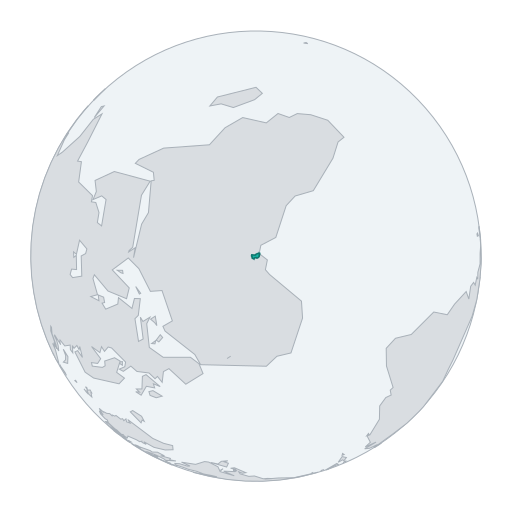 globe centered on Cross River, rotated 229°
{"feature_id": "NGA-2847", "entity_name": "Cross River", "entity_type": "State", "adm_level": 1, "iso_a3": "NGA", "parent_name": "Nigeria", "parent_adm1": "", "projection": "orthographic", "projection_center": [8.541, 5.798], "detail": "fine", "context": "on_globe", "style": "filled", "palette": "teal", "viewbox_px": 512, "rotation_deg": 229, "n_neighbors": 0, "source": "natural_earth", "source_scale": "10m", "svg_char_len": 9393}
<svg xmlns="http://www.w3.org/2000/svg" viewBox="0 0 512 512"><g transform="rotate(229 256 256)"><circle cx="256" cy="256" r="225" fill="#eef3f6" stroke="#a8b0b8"/><path d="M173.0,46.6L177.5,44.9L181.9,43.3L185.8,41.9L187.1,41.6L180.8,43.8L179.3,44.3L178.1,44.8L174.4,46.2L176.9,45.3L169.2,48.5L178.7,45.0L174.0,47.3L168.4,49.5L166.6,49.7L153.0,55.6L173.0,46.6ZM134.1,66.5L127.3,71.9L121.3,76.2L114.9,81.7L119.2,78.7L125.8,73.5L132.2,70.1L139.5,64.9L143.2,63.0L151.5,58.1L152.7,58.7L149.3,62.1L142.4,66.4L140.8,68.4L149.3,64.5L138.4,73.7L134.6,82.3L131.5,85.1L121.9,89.0L116.8,87.5L104.4,95.4L114.9,90.4L107.0,98.7L106.7,100.5L108.6,100.5L112.5,97.6L110.3,100.8L99.1,106.2L100.9,103.3L104.5,101.4L102.0,101.1L94.4,106.0L91.0,110.5L83.1,115.3L80.6,118.8L77.4,122.2L82.0,116.1L73.6,127.5L63.8,139.1L52.2,160.9L60.9,143.4L61.5,142.3L71.0,127.4L81.6,113.3L93.3,100.1L106.0,87.9L119.7,76.7L134.1,66.5ZM33.7,219.6L33.5,220.7L34.0,219.3L34.0,224.1L36.4,215.5L39.2,211.5L36.8,224.5L40.2,213.2L40.4,220.1L47.4,221.8L46.3,224.6L51.8,242.0L61.7,251.0L64.0,261.1L62.4,266.8L66.7,269.3L66.8,273.2L87.4,282.3L100.9,293.7L102.4,307.3L94.9,321.7L97.1,353.4L86.2,361.8L89.4,374.3L91.3,391.3L83.9,388.4L92.3,398.2L93.3,402.9L90.2,402.3L95.0,408.6L93.0,408.1L98.2,412.8L103.0,419.9L111.1,427.0L116.7,432.6L122.1,436.7L121.2,436.2L122.4,437.3L125.3,439.4L120.9,436.2L106.1,424.2L103.4,421.7L102.5,420.9L101.2,419.6L91.5,409.6L93.1,411.6L78.1,393.9L68.7,379.5L48.1,336.0L44.3,326.7L39.0,314.8L32.4,283.5L31.7,277.1L31.1,267.1L30.8,260.3L31.9,242.7L33.5,224.9L33.6,221.9L32.5,228.1L32.9,224.4L33.7,219.6ZM47.6,170.3L48.8,168.4L46.4,181.0L44.6,181.3L45.5,179.5L46.8,174.5L48.1,169.6L47.6,170.5L47.6,170.3ZM54.9,157.0L55.1,155.9L55.4,156.1L54.9,157.0ZM150.3,58.3L150.9,58.2L149.0,59.1L150.3,58.3ZM153.4,56.4L150.8,57.5L151.9,56.8L153.5,56.1L153.4,56.4ZM156.3,55.3L154.2,55.5L156.1,54.3L163.7,50.9L156.3,55.3ZM181.6,43.4L178.1,44.6L179.0,44.3L181.6,43.4ZM194.4,39.3L195.4,39.1L192.8,39.8L187.6,41.4L194.4,39.3ZM192.0,40.1L196.0,39.0L194.1,39.7L188.2,41.3L192.0,40.1ZM189.8,42.5L189.4,42.1L192.7,41.0L189.8,42.5ZM197.6,38.6L198.2,38.4L199.5,38.0L201.7,37.6L197.6,38.6ZM207.7,36.1L200.5,38.1L200.4,38.8L197.4,39.8L198.2,38.5L207.7,36.1ZM206.4,36.3L206.5,36.3L202.7,37.2L200.3,37.7L206.4,36.3ZM208.4,36.1L210.1,35.7L208.9,36.0L208.4,36.1ZM214.8,34.5L214.7,34.5L214.8,34.5ZM214.5,34.8L212.1,35.3L210.4,35.6L214.5,34.8ZM215.2,34.5L217.8,34.0L211.2,35.4L214.5,34.6L215.2,34.5ZM217.0,34.1L216.8,34.2L216.6,34.2L217.0,34.1ZM222.4,33.8L214.4,35.4L210.6,35.8L218.8,34.1L222.4,33.8ZM122.3,437.3L126.0,439.9L122.7,437.2L131.1,442.6L132.2,443.9L122.7,437.6L122.3,437.3ZM125.4,437.1L125.7,436.0L127.7,437.2L128.0,438.3L125.4,437.1ZM476.5,209.7L478.3,219.7L478.5,220.6L479.5,228.0L479.2,225.7L476.8,211.5L471.5,191.3L471.9,195.7L469.4,187.5L462.1,171.9L461.4,178.1L461.8,201.4L465.9,222.9L464.3,233.0L452.3,203.5L444.7,183.6L441.7,186.1L428.2,170.7L408.8,172.2L404.9,167.3L401.5,170.2L391.8,166.0L385.3,158.2L380.0,159.2L397.0,179.9L402.6,179.0L405.5,170.0L409.4,177.8L418.6,184.1L412.7,204.5L381.9,225.2L377.0,209.4L343.4,168.6L343.4,163.9L343.1,163.4L342.6,162.5L341.5,170.2L335.1,162.5L355.1,190.6L359.3,203.3L381.5,226.2L379.9,228.8L386.5,233.5L405.1,225.7L405.6,231.1L398.0,257.1L370.5,293.8L373.1,316.8L369.2,336.8L349.7,351.1L349.1,366.1L338.7,372.0L336.4,380.6L326.7,390.0L311.4,399.2L287.9,400.3L288.2,392.7L279.3,378.2L267.7,342.1L275.6,324.9L274.2,311.8L257.0,283.1L260.9,266.7L255.8,260.0L245.6,262.0L239.5,254.1L233.2,254.1L192.1,260.7L178.6,250.4L159.9,218.8L166.6,206.0L166.0,191.5L210.3,142.9L221.8,145.2L259.0,138.1L264.0,139.6L261.9,150.3L291.6,162.4L298.6,153.1L323.3,159.3L338.3,158.3L339.8,138.4L315.1,139.4L308.7,130.3L326.7,121.3L347.9,121.7L346.0,118.2L330.8,111.0L333.8,104.7L325.3,108.1L330.1,111.4L324.9,114.0L320.2,111.2L321.4,108.9L314.5,107.7L310.4,120.2L314.8,124.9L297.8,128.0L303.7,136.4L299.7,140.7L288.4,128.2L288.1,123.5L268.6,111.3L267.4,116.4L285.7,128.6L280.8,127.7L279.4,135.8L276.6,129.1L257.0,115.5L240.4,119.5L222.5,140.1L212.1,142.3L202.0,138.9L205.3,118.9L228.1,116.4L229.5,110.3L222.2,102.3L229.8,102.6L229.6,99.3L237.9,98.5L247.0,90.4L255.0,89.3L256.0,80.2L260.3,78.6L258.5,84.3L261.5,88.0L281.3,86.7L284.3,84.7L283.4,79.1L288.9,79.9L285.5,74.8L295.6,72.5L280.4,71.4L278.8,66.0L283.5,61.9L280.3,60.2L272.7,67.0L272.1,70.1L276.0,72.9L272.0,82.5L265.8,84.5L259.6,74.5L250.1,76.6L249.4,68.8L270.4,53.4L280.4,50.8L302.4,56.4L301.6,59.3L293.3,58.5L303.3,63.6L301.4,61.0L306.0,62.1L305.7,58.1L308.9,58.7L303.1,54.2L307.1,54.5L310.7,57.3L313.6,52.7L321.2,53.0L320.3,51.8L317.2,50.4L328.8,52.3L327.6,51.4L323.3,50.3L318.2,47.9L313.7,44.8L318.0,45.6L320.2,46.8L331.2,51.1L336.4,54.9L337.7,55.0L334.2,52.0L320.7,46.6L316.8,44.6L323.4,46.7L320.7,45.7L320.1,45.0L323.5,45.2L316.3,42.9L303.8,36.5L309.1,37.2L316.3,39.2L314.0,38.3L329.8,43.2L345.3,49.2L360.3,56.3L374.6,64.5L388.4,73.7L401.4,84.0L413.7,95.1L425.1,107.1L435.6,120.0L445.1,133.5L453.6,147.8L461.0,162.6L467.3,177.9L472.5,193.6L476.5,209.7ZM197.6,166.9L197.0,171.2L197.6,166.9ZM372.3,133.0L383.7,133.2L375.1,121.6L378.8,121.0L374.5,117.6L374.4,120.8L363.5,111.7L367.1,108.2L364.0,103.6L360.0,103.4L355.1,111.3L370.7,124.1L369.6,129.0L372.3,133.0ZM47.7,221.7L48.3,224.5L46.9,224.2L47.7,221.7ZM42.6,186.3L42.9,187.0L42.5,189.1L42.0,189.5L42.6,186.3ZM49.1,190.2L50.2,191.8L48.3,192.3L49.1,190.2ZM46.4,182.7L48.1,189.4L44.6,192.0L43.8,188.1L45.3,187.7L46.4,182.7ZM51.4,163.9L51.2,165.0L50.2,167.2L51.4,163.9ZM55.2,157.3L55.8,155.4L55.2,157.3ZM107.7,98.4L108.5,98.1L109.6,98.8L107.6,99.9L107.7,98.4ZM123.8,95.1L120.0,100.4L121.3,97.1L117.7,99.2L116.0,95.4L129.9,86.4L123.9,90.9L123.8,95.1ZM117.6,88.8L117.1,91.6L117.1,88.9L117.6,88.8ZM220.3,84.6L223.9,86.2L222.0,89.9L211.8,93.2L214.5,87.7L220.3,84.6ZM229.6,87.8L226.3,78.0L232.5,76.2L229.6,78.8L234.1,78.5L230.5,82.7L239.7,91.3L238.6,95.2L220.3,98.0L226.9,94.7L222.9,93.0L229.6,87.8ZM206.9,62.4L205.5,59.8L220.8,58.9L220.3,61.5L210.1,64.5L204.6,63.2L206.9,62.4ZM170.1,50.0L168.6,50.2L170.3,49.4L173.0,48.6L170.1,50.0ZM189.3,42.4L178.5,48.5L176.2,49.0L172.6,52.9L165.2,55.8L167.8,53.0L159.4,58.6L158.8,57.2L153.8,61.1L160.3,54.5L159.4,54.1L163.2,53.4L170.0,50.6L172.7,49.3L179.6,45.5L181.1,43.9L188.1,41.5L192.6,40.3L193.3,40.3L188.6,41.7L193.0,40.7L186.6,42.9L189.3,42.4ZM242.0,36.2L236.2,36.3L243.9,37.7L237.6,38.6L238.9,38.7L235.2,40.1L233.0,42.2L229.8,42.5L230.3,43.2L227.8,44.4L227.5,45.7L221.6,46.9L220.7,48.6L218.4,48.2L218.4,51.0L215.8,49.5L212.4,51.4L216.7,51.9L186.1,58.4L175.2,63.4L167.6,68.7L164.2,66.3L169.2,60.2L178.5,53.5L189.4,49.5L185.9,49.5L190.1,47.7L191.1,48.4L192.1,46.4L195.8,45.2L204.1,41.2L203.1,39.7L206.1,38.5L208.4,38.6L209.8,37.4L216.1,36.8L218.4,36.1L226.9,35.2L229.9,36.2L232.2,35.4L238.8,35.1L242.0,36.2ZM224.7,33.5L229.8,33.8L228.8,34.7L214.4,36.1L211.4,36.8L202.2,38.4L203.8,37.3L206.3,36.9L209.1,36.3L207.5,36.9L210.9,36.0L214.4,35.5L218.0,34.7L218.7,34.9L224.7,33.5ZM268.5,135.5L272.1,135.8L277.5,135.0L276.7,140.5L268.5,135.5ZM254.9,126.3L258.0,125.5L259.4,132.1L255.7,132.1L254.9,126.3ZM258.4,119.8L258.0,124.9L256.0,122.1L258.4,119.8ZM261.2,83.5L264.4,82.6L265.2,83.9L264.0,85.9L261.2,83.5ZM263.7,42.9L260.5,42.2L261.1,41.8L257.3,39.6L261.7,39.1L265.7,40.3L263.7,42.9ZM336.3,141.9L332.7,145.9L330.1,144.2L331.9,143.1L336.3,141.9ZM303.8,143.0L311.9,145.2L303.5,144.5L303.8,143.0ZM267.8,42.0L265.7,41.1L269.2,41.5L267.8,42.0ZM264.7,38.7L268.6,39.0L261.8,38.8L264.7,38.7ZM385.5,431.6L384.3,433.9L382.3,434.4L385.5,431.6ZM401.3,331.2L383.3,366.7L374.6,367.5L374.9,357.5L382.9,336.3L393.7,329.5L399.5,319.6L401.3,331.2ZM481.2,252.2L479.9,235.9L480.3,235.9L480.7,239.9L481.2,252.2ZM466.6,224.8L470.2,237.3L468.9,239.8L466.6,224.8ZM302.3,41.0L302.6,44.2L305.8,47.1L312.1,49.4L303.4,48.0L298.5,43.4L302.3,41.0ZM303.1,36.8L297.6,35.5L299.8,35.7L301.4,36.0L303.1,36.8ZM299.9,36.2L293.5,35.5L290.2,34.6L296.0,35.3L299.9,36.2ZM280.8,37.5L280.6,38.3L277.8,37.9L280.8,37.5Z" fill="#d9dde1" stroke="#a8b0b8" stroke-width="1"/><path d="M259.7,253.6L259.4,253.9L259.2,253.9L259.1,254.0L259.0,254.3L258.9,254.4L258.3,254.8L258.0,255.2L257.9,255.3L257.8,255.5L257.7,255.6L257.4,255.6L257.2,255.8L257.2,256.0L257.3,256.1L257.2,256.3L257.1,256.5L257.3,256.6L257.4,256.8L257.3,257.0L257.2,257.1L257.2,257.3L257.2,257.5L257.1,257.8L257.1,258.0L257.0,258.5L256.9,258.6L256.7,258.8L256.7,259.0L256.4,259.4L256.4,259.5L256.2,259.6L256.3,259.7L256.3,259.8L256.2,259.9L256.0,260.0L256.0,260.3L255.9,260.3L255.7,260.3L255.7,260.2L255.8,260.2L255.7,260.1L255.5,259.9L255.5,259.7L255.5,259.9L255.4,259.9L255.2,259.8L255.1,259.7L254.9,259.5L254.9,259.4L254.7,259.3L254.7,259.2L254.8,259.4L254.8,259.5L255.0,259.7L254.9,259.8L255.0,259.9L255.0,260.0L254.9,259.9L254.4,259.4L254.3,259.2L254.2,259.0L254.1,258.8L254.1,258.3L254.1,258.2L253.9,258.1L253.6,258.1L253.4,258.0L253.4,257.8L253.5,257.7L253.5,257.2L253.4,256.8L253.5,256.6L253.4,256.4L253.5,256.2L253.6,255.9L253.8,255.6L253.7,255.3L253.8,255.2L254.1,255.2L254.2,255.4L254.3,255.4L254.5,255.2L254.8,255.1L255.0,254.7L255.4,254.3L255.4,254.0L255.3,253.9L255.6,253.6L255.5,253.4L255.4,253.2L255.2,252.9L255.0,252.5L255.3,252.5L255.4,252.4L255.5,252.3L255.8,252.3L256.0,252.3L256.3,252.2L256.3,251.9L256.6,251.7L256.9,251.7L257.2,251.8L257.6,252.1L257.7,252.3L257.7,252.5L257.8,252.6L258.1,252.6L258.7,252.5L259.0,252.7L259.5,253.2L259.6,253.4L259.7,253.6L259.7,253.6Z" fill="#14b8a6" stroke="#0f766e" stroke-width="1.5"/></g></svg>